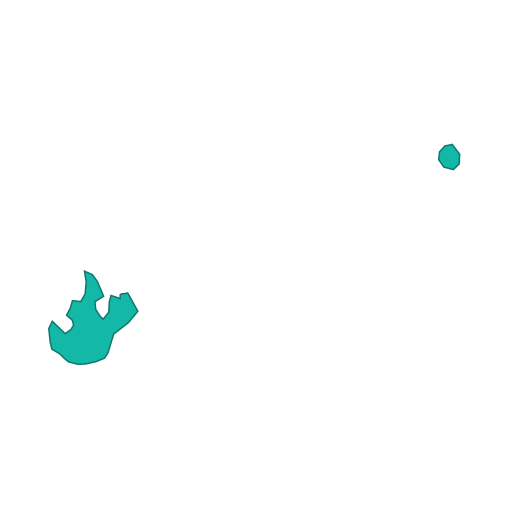 map outline of Vava'u (Robinson projection), rotated 172°
{"feature_id": "TON-4946", "entity_name": "Vava'u", "entity_type": "state/province", "adm_level": 1, "iso_a3": "TON", "parent_name": "Tonga", "parent_adm1": "", "projection": "robinson", "projection_center": [-174.104, -18.692], "detail": "fine", "context": "isolated", "style": "filled", "palette": "teal", "viewbox_px": 512, "rotation_deg": 172, "n_neighbors": 0, "source": "natural_earth", "source_scale": "10m", "svg_char_len": 775}
<svg xmlns="http://www.w3.org/2000/svg" viewBox="0 0 512 512"><g transform="rotate(172 256 256)"><path d="M447.6,173.6L456.3,177.2L460.3,181.5L463.9,186.4L471.1,192.1L471.8,199.3L471.3,213.0L466.8,219.7L455.8,205.7L449.5,208.9L446.3,212.9L446.8,217.9L451.8,223.8L447.1,230.3L444.0,237.3L435.9,235.3L430.5,242.2L427.8,253.5L427.9,264.8L420.7,260.4L416.7,252.9L412.5,237.3L421.8,233.2L422.2,225.5L418.7,218.0L416.1,214.7L409.6,220.9L407.7,230.8L405.1,237.1L396.4,232.8L395.9,236.5L394.2,237.3L391.6,237.0L388.2,237.3L380.7,217.7L391.6,207.8L407.8,198.5L416.1,180.6L420.1,176.0L429.3,173.6L439.8,172.8L447.6,173.6ZM46.2,339.2L40.2,328.5L41.9,318.9L48.5,314.1L57.6,317.9L61.7,326.0L59.7,333.6L53.8,338.6L46.2,339.2Z" fill="#14b8a6" stroke="#0f766e" stroke-width="1.5"/></g></svg>